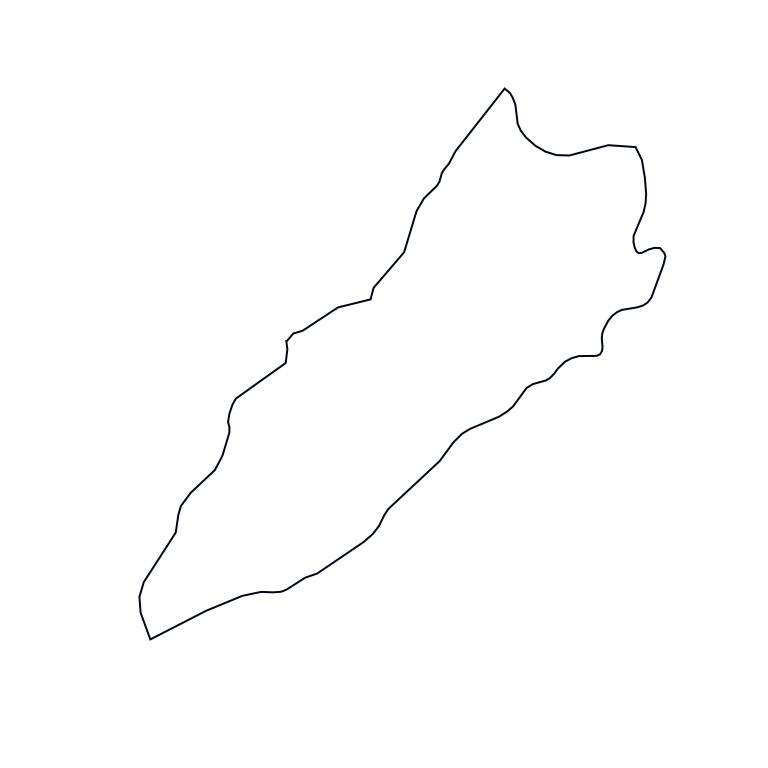 an SVG outline of Calarasi, rotated 136°
{"feature_id": "ROU-129", "entity_name": "Calarasi", "entity_type": "County", "adm_level": 1, "iso_a3": "ROU", "parent_name": "Romania", "parent_adm1": "", "projection": "equal_earth", "projection_center": [26.943, 44.314], "detail": "fine", "context": "isolated", "style": "outline", "palette": "ink", "viewbox_px": 768, "rotation_deg": 136, "n_neighbors": 0, "source": "natural_earth", "source_scale": "10m", "svg_char_len": 1469}
<svg xmlns="http://www.w3.org/2000/svg" viewBox="0 0 768 768"><g transform="rotate(136 384 384)"><path d="M414.1,483.3L405.7,478.9L363.8,471.0L334.9,454.2L324.7,460.4L278.0,464.8L240.4,485.8L226.2,489.8L208.4,489.8L203.8,490.9L195.9,495.5L192.1,496.5L184.2,497.4L170.8,501.8L92.0,512.7L91.3,505.4L92.7,500.1L95.5,493.6L107.1,478.3L109.6,471.3L110.6,462.7L109.6,450.1L106.4,438.9L100.9,428.8L91.9,419.6L56.8,400.0L38.5,379.7L42.8,366.1L53.1,351.1L63.4,338.6L70.3,332.3L77.5,327.5L101.5,317.2L106.0,312.7L108.7,308.3L110.3,304.3L110.0,301.4L107.7,299.3L100.3,297.0L94.7,293.9L91.0,290.0L91.4,283.4L92.9,280.3L99.9,275.8L131.4,260.5L137.8,259.5L143.4,260.6L149.0,263.5L161.6,272.2L166.5,273.8L172.2,274.5L178.9,273.7L188.3,270.6L192.2,268.5L195.5,265.7L201.5,258.4L204.4,256.2L208.0,255.3L211.5,256.5L224.3,268.6L231.0,272.2L238.3,274.3L248.3,274.3L254.4,273.2L260.4,273.0L265.1,274.1L276.9,280.5L284.2,282.1L306.9,278.2L314.8,278.7L324.0,280.6L353.1,291.9L362.5,294.0L374.5,293.8L397.5,289.9L468.0,291.1L475.0,289.4L486.5,285.3L496.4,283.9L508.5,284.5L563.7,294.1L575.2,299.4L597.2,303.9L602.3,306.0L608.4,311.1L616.9,319.9L633.2,330.1L669.4,344.4L729.5,362.6L718.0,388.5L707.8,400.8L694.5,408.3L637.0,421.8L622.9,432.7L614.9,437.3L598.6,440.0L565.3,439.6L549.9,444.7L528.9,456.5L525.3,460.2L522.4,465.2L515.4,470.3L507.2,474.5L500.7,476.4L440.1,467.4L434.3,472.1L429.4,476.1L424.4,482.8L423.8,482.4L414.1,483.3Z" fill="none" stroke="#020617" stroke-width="2"/></g></svg>